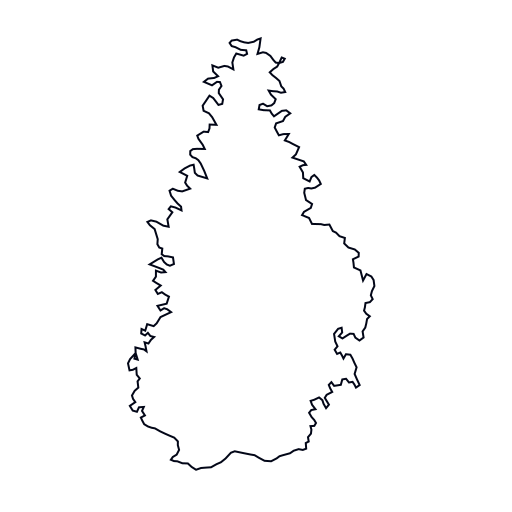 the district of Nova Tebas, Paraná, Brazil, rotated 4°
{"feature_id": "56859067B30858254302044", "entity_name": "Nova Tebas", "entity_type": "district", "adm_level": 2, "iso_a3": "BRA", "parent_name": "Brazil", "parent_adm1": "Paraná", "projection": "orthographic", "projection_center": [-51.949, -24.431], "detail": "fine", "context": "isolated", "style": "outline", "palette": "ink", "viewbox_px": 512, "rotation_deg": 4, "n_neighbors": 0, "source": "geoboundaries", "source_scale": "gbopen_adm2", "svg_char_len": 4831}
<svg xmlns="http://www.w3.org/2000/svg" viewBox="0 0 512 512"><g transform="rotate(4 256 256)"><path d="M280.2,132.0L274.8,132.5L270.4,134.0L267.9,130.1L265.7,126.5L266.8,122.3L273.5,119.5L275.5,115.1L280.2,111.3L276.0,108.6L271.7,109.4L264.2,115.4L261.7,112.8L259.7,109.8L253.4,110.0L248.5,109.5L249.0,105.1L252.4,103.6L256.7,105.8L260.9,104.7L263.5,102.2L264.7,98.2L259.7,94.0L257.1,90.1L261.3,90.4L265.7,90.4L269.5,91.4L273.7,90.4L271.9,87.2L269.4,85.0L267.2,79.8L263.7,77.1L259.7,74.4L256.9,71.8L260.4,68.2L263.9,65.6L265.6,61.9L262.2,61.7L259.8,59.4L256.4,55.4L251.9,52.7L248.7,52.3L243.4,54.3L244.8,47.5L245.4,38.6L242.2,40.0L238.9,42.4L233.4,44.0L229.4,43.7L225.4,42.8L222.1,41.5L216.7,42.8L214.8,45.3L217.1,48.3L220.9,49.1L226.4,51.4L231.9,51.5L233.0,55.0L229.7,57.0L222.2,55.4L220.2,59.4L218.9,64.6L220.4,71.4L214.7,68.9L211.2,68.6L205.2,70.8L199.2,68.9L200.4,74.9L205.6,79.3L201.9,81.3L195.8,82.4L191.9,85.9L200.2,88.8L204.9,85.0L207.9,85.0L209.7,88.8L207.4,92.7L207.5,96.1L212.2,102.0L211.7,106.6L208.0,107.9L202.3,101.4L198.4,99.3L192.3,109.8L193.6,114.8L199.1,116.9L202.6,120.6L207.4,127.9L200.6,128.1L200.7,132.0L199.6,135.7L195.1,135.6L189.0,140.0L190.4,143.1L195.1,148.8L197.4,152.8L189.7,153.2L185.6,153.8L183.1,155.9L183.3,159.5L185.7,161.8L189.1,162.7L191.8,164.4L194.4,167.6L198.5,174.9L201.9,182.0L192.1,179.8L189.2,177.3L188.3,173.1L187.4,169.3L183.9,170.4L178.7,173.6L174.1,177.5L181.8,180.8L180.2,187.7L182.4,190.7L185.6,193.4L177.9,196.7L173.5,196.4L168.3,194.7L165.2,196.9L167.1,201.8L170.8,205.8L174.1,209.1L177.8,212.0L178.5,215.7L172.3,213.3L167.6,212.4L165.6,215.3L169.5,218.2L165.0,225.6L166.8,232.9L161.4,232.2L154.2,228.7L148.7,227.8L145.3,229.6L148.0,232.7L153.0,236.2L156.8,246.1L156.8,251.1L158.9,254.3L162.0,255.1L161.8,260.8L164.5,262.5L168.1,262.5L173.3,263.2L174.7,269.7L170.8,271.7L167.6,270.7L164.7,268.4L161.8,264.3L158.3,266.2L150.5,271.8L155.2,273.2L160.2,274.7L164.5,276.1L166.8,278.4L162.4,279.1L157.2,277.6L157.6,283.6L155.0,287.9L158.2,289.7L163.0,292.1L158.0,296.9L160.7,300.7L164.6,298.7L168.2,300.9L172.0,302.6L170.2,309.8L161.2,312.6L164.5,317.0L168.0,314.5L171.1,315.3L175.2,317.9L165.0,323.6L161.6,330.1L158.8,333.1L152.2,331.6L150.7,338.2L146.9,336.8L146.9,341.3L150.9,343.0L153.5,340.2L156.2,343.2L160.0,343.9L157.1,346.9L154.8,350.8L150.9,349.9L152.1,353.7L153.4,358.7L150.7,357.0L147.4,356.6L142.1,355.6L142.7,361.2L137.6,367.6L135.8,372.0L137.8,378.9L141.1,378.1L144.4,376.1L145.3,382.8L148.6,386.3L146.6,389.3L147.8,395.5L144.4,398.9L142.0,403.8L143.3,407.1L145.8,410.2L140.6,414.3L143.8,418.8L148.1,419.7L149.8,415.1L154.6,414.4L153.1,418.5L156.3,422.8L152.4,425.2L154.0,428.1L156.2,431.6L160.1,433.6L163.8,434.6L167.2,435.0L172.6,437.6L177.7,439.6L182.4,441.3L187.1,442.9L191.0,446.4L191.2,450.1L192.8,454.8L190.7,459.7L187.0,462.3L185.3,465.2L188.5,466.3L191.9,466.3L197.0,467.9L202.5,467.7L206.5,470.9L211.1,473.4L216.0,471.3L221.4,470.5L225.9,469.9L231.2,466.4L235.4,464.2L239.7,460.2L244.7,454.0L248.4,452.3L257.2,453.5L264.3,454.4L268.5,454.8L272.8,457.0L278.8,459.7L285.4,459.7L290.8,456.4L293.4,454.1L296.3,453.0L303.7,450.4L307.2,447.6L312.0,445.7L316.2,446.2L319.5,444.7L318.7,439.1L321.5,437.4L320.5,433.1L323.2,429.4L323.4,425.4L322.2,421.9L326.0,421.4L327.5,418.4L325.5,415.5L322.7,412.8L319.9,408.7L321.9,405.8L326.0,404.7L322.3,400.5L320.6,396.7L324.0,395.4L328.8,392.7L332.3,395.2L333.7,398.7L336.5,402.9L339.1,399.2L334.5,392.7L336.2,389.5L341.5,386.3L339.2,382.8L337.6,379.5L340.0,376.6L343.0,380.1L349.6,378.6L350.7,373.1L354.4,372.2L357.6,375.7L361.1,374.8L363.1,377.3L364.9,380.3L368.4,377.5L365.2,371.8L362.6,366.8L364.1,360.0L361.6,355.7L359.4,351.5L357.0,347.9L352.6,347.7L350.4,352.2L348.8,349.4L346.8,346.4L343.7,348.0L341.0,344.0L343.6,340.4L341.0,335.8L339.3,328.3L343.0,322.9L346.4,321.6L347.3,326.3L344.2,330.3L348.0,332.2L352.4,328.9L355.2,326.9L358.8,326.9L360.8,330.5L365.1,333.1L369.0,329.8L367.6,323.8L370.0,319.8L370.7,315.7L371.2,311.1L373.7,308.2L370.0,305.9L367.6,303.0L368.2,299.7L368.5,295.3L372.8,294.1L375.4,290.9L373.3,287.2L374.1,282.9L376.2,277.7L375.0,271.8L372.5,268.4L367.5,266.3L364.5,273.0L361.2,263.1L354.5,260.6L353.7,255.9L352.9,252.5L358.4,249.4L358.3,245.7L354.1,242.6L347.6,241.1L343.1,237.3L343.4,231.8L337.9,230.4L334.2,227.1L330.9,225.8L327.0,219.5L321.9,220.3L318.6,219.7L309.6,220.1L306.3,214.4L299.1,212.0L300.8,208.6L307.3,204.2L308.3,200.2L302.0,196.7L299.7,189.6L300.0,185.5L303.3,184.5L306.5,184.8L310.2,183.7L315.6,179.6L313.7,176.2L311.3,173.5L308.5,171.1L305.8,173.4L304.3,177.9L297.7,175.1L297.0,169.4L293.3,163.9L296.6,162.1L299.7,161.6L297.1,158.3L285.5,155.3L288.7,151.9L291.4,144.4L284.7,141.6L281.2,140.0L276.7,138.7L280.2,132.0ZM142.7,361.2L145.2,367.6L141.9,366.9L142.7,361.2ZM265.6,61.9L269.3,60.5L270.9,57.2L267.8,56.2L265.6,61.9Z" fill="none" stroke="#020617" stroke-width="2"/></g></svg>